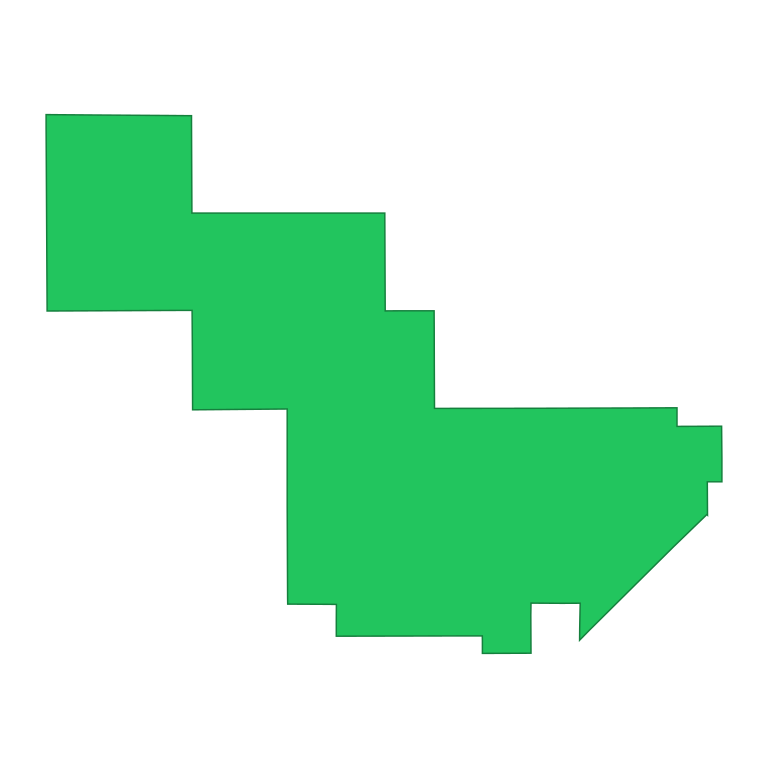 Sargento Cabral, Chaco, Argentina
{"feature_id": "61730980B7894377458839", "entity_name": "Sargento Cabral", "entity_type": "district", "adm_level": 2, "iso_a3": "ARG", "parent_name": "Argentina", "parent_adm1": "Chaco", "projection": "albers", "projection_center": [-59.491, -26.781], "detail": "fine", "context": "isolated", "style": "filled", "palette": "green", "viewbox_px": 768, "rotation_deg": 0, "n_neighbors": 0, "source": "geoboundaries", "source_scale": "gbopen_adm2", "svg_char_len": 1013}
<svg xmlns="http://www.w3.org/2000/svg" viewBox="0 0 768 768"><path d="M336.3,636.2L464.0,635.9L464.9,635.9L482.3,635.9L482.4,641.0L482.4,647.0L482.4,653.4L531.0,653.2L530.8,615.1L531.0,603.1L562.1,603.3L580.2,603.2L580.2,603.4L579.7,628.6L579.6,640.2L589.5,630.1L612.8,607.0L672.2,548.1L673.5,546.8L706.9,514.5L707.5,515.1L707.3,481.8L721.9,481.8L721.9,458.2L721.6,426.2L717.0,426.2L701.0,426.3L677.0,426.4L677.0,407.8L628.9,408.0L627.9,408.0L529.6,408.3L435.1,408.4L434.5,408.4L434.3,362.3L434.2,327.6L434.1,310.8L428.8,310.8L400.2,310.8L385.2,310.9L384.8,216.0L384.8,213.1L192.4,213.1L191.9,213.1L191.5,120.5L191.5,115.7L189.3,115.7L167.0,115.5L94.5,115.0L55.5,114.7L46.1,114.6L46.1,127.0L47.1,306.6L47.1,311.0L47.8,311.0L179.8,310.4L190.5,310.4L192.1,310.4L192.3,339.6L192.4,355.5L192.4,359.0L192.4,359.4L192.4,360.6L192.6,409.8L287.2,409.0L287.2,505.5L287.2,505.9L287.4,552.9L287.6,597.8L287.7,604.1L325.9,604.3L336.4,604.4L336.3,620.5L336.3,636.2Z" fill="#22c55e" stroke="#15803d" stroke-width="1.5"/></svg>